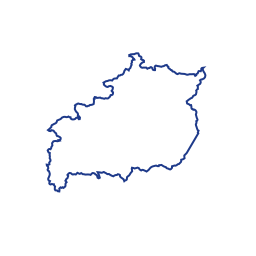 Eldorado, São Paulo, Brazil (Albers equal-area conic projection), rotated 36°
{"feature_id": "56859067B14328004408420", "entity_name": "Eldorado", "entity_type": "district", "adm_level": 2, "iso_a3": "BRA", "parent_name": "Brazil", "parent_adm1": "São Paulo", "projection": "albers", "projection_center": [-48.263, -24.501], "detail": "fine", "context": "isolated", "style": "outline", "palette": "blue", "viewbox_px": 256, "rotation_deg": 36, "n_neighbors": 0, "source": "geoboundaries", "source_scale": "gbopen_adm2", "svg_char_len": 5759}
<svg xmlns="http://www.w3.org/2000/svg" viewBox="0 0 256 256"><g transform="rotate(36 128 128)"><path d="M109.7,219.7L109.0,218.4L108.0,217.4L108.3,215.7L109.6,215.4L109.8,214.5L111.1,214.3L111.2,213.2L111.6,212.4L111.4,211.5L110.3,210.0L110.0,208.9L110.2,208.0L109.3,207.5L108.4,207.5L108.1,205.6L108.5,204.2L107.8,201.9L106.6,201.6L106.7,199.7L107.3,198.6L108.6,198.1L109.9,198.3L110.8,198.0L111.6,197.0L113.1,196.3L113.4,194.0L115.7,193.6L116.3,192.9L116.6,192.0L118.7,191.9L119.5,191.3L120.8,190.8L122.9,189.1L124.4,188.2L125.3,187.9L125.4,186.8L125.7,185.4L126.3,184.9L127.7,184.4L128.9,184.7L129.9,184.5L130.8,184.7L131.5,185.2L132.7,186.1L133.9,185.9L134.4,184.8L131.7,182.8L129.4,181.6L131.4,180.4L132.6,180.0L133.6,179.0L134.1,178.0L134.8,177.7L135.7,177.7L136.6,177.5L137.6,177.5L138.5,177.4L139.6,176.4L140.6,176.5L141.4,176.2L142.2,176.3L143.1,176.1L144.5,175.7L145.0,174.3L145.7,173.3L146.6,172.6L146.9,171.4L148.0,170.9L149.0,170.8L149.9,171.7L150.8,172.1L154.5,172.1L156.2,173.2L156.4,172.3L157.0,171.5L157.3,170.4L156.1,168.3L156.4,166.9L156.8,165.6L156.6,162.7L156.8,160.6L155.7,159.4L155.0,158.8L154.6,157.8L156.1,157.1L157.1,156.9L159.1,154.4L160.4,154.1L161.7,154.7L163.6,154.6L164.1,153.5L165.0,153.0L167.8,152.4L168.6,152.3L169.0,151.0L169.4,149.4L169.4,148.0L169.6,146.7L169.9,145.7L170.6,144.5L171.9,142.9L172.8,141.9L174.3,141.5L175.3,140.8L175.0,139.8L175.9,139.1L176.8,138.2L178.9,138.1L180.2,137.9L181.7,137.4L182.8,137.8L183.8,137.5L184.8,137.1L185.6,137.1L186.5,136.7L186.9,135.9L187.0,134.3L186.1,133.1L187.7,131.0L188.4,130.7L189.2,129.6L189.5,128.2L190.4,127.1L190.6,125.7L190.8,124.5L190.6,123.7L189.7,122.4L190.7,121.2L191.2,120.3L191.5,119.2L190.7,118.4L189.7,117.1L190.2,113.8L188.1,92.2L188.0,91.0L187.2,90.7L186.6,88.7L185.8,88.8L185.0,88.4L183.4,87.3L182.7,86.7L181.7,86.1L180.7,85.1L180.5,84.0L180.0,83.1L179.2,82.3L179.6,81.5L179.4,80.5L178.6,79.9L177.6,79.3L175.0,77.2L174.7,76.4L174.4,75.5L173.8,74.7L173.0,74.3L172.1,74.0L170.9,74.1L170.1,74.9L169.2,74.6L168.4,75.0L167.5,74.5L166.7,73.4L165.6,72.4L164.8,73.1L163.9,72.9L161.4,73.4L159.8,71.9L160.2,70.7L160.4,69.6L160.9,68.5L161.2,67.3L162.0,66.1L162.1,65.1L161.9,63.9L162.2,63.0L162.9,62.0L163.2,60.9L162.8,59.9L162.2,58.5L161.2,57.7L161.2,56.3L161.6,55.3L160.9,54.5L160.3,53.5L159.2,53.0L160.4,49.8L160.1,48.5L159.3,47.6L158.2,47.1L158.7,45.7L159.5,45.0L160.4,43.1L160.4,41.5L159.6,39.8L158.6,39.1L157.8,38.6L156.0,37.9L155.2,37.5L154.3,36.8L153.4,36.0L153.6,34.9L152.6,35.9L152.4,36.8L153.1,37.9L153.5,39.3L152.5,39.9L151.7,40.5L152.0,42.0L152.3,42.8L151.6,44.3L152.2,45.2L151.7,46.3L150.8,45.9L149.7,45.6L147.5,47.4L146.3,48.2L145.6,49.1L144.5,50.2L142.0,51.0L139.0,52.9L137.5,53.4L136.9,54.2L136.5,55.2L135.4,55.6L132.8,55.4L131.8,55.5L131.0,56.0L130.2,55.9L129.3,55.5L128.5,55.9L126.8,55.6L125.9,55.8L125.0,55.5L124.6,54.7L123.3,54.7L122.3,54.2L121.1,55.5L120.7,56.6L120.2,57.3L119.5,58.0L119.1,58.8L118.0,59.3L116.6,59.9L115.6,60.5L113.9,61.1L113.5,62.3L114.0,63.4L115.1,64.1L115.8,65.3L115.0,65.9L113.8,66.2L112.4,65.3L111.2,65.1L110.4,65.6L110.2,66.8L109.4,67.5L108.8,68.7L107.3,68.4L106.1,69.3L105.3,69.8L104.1,70.9L103.1,71.2L101.7,70.9L100.9,70.5L100.7,69.6L100.7,68.3L101.1,66.8L101.5,65.9L102.1,65.3L101.4,64.2L100.4,64.1L99.4,64.6L98.1,64.6L97.8,63.5L97.1,62.8L96.1,62.7L95.3,63.1L94.4,63.1L93.7,62.3L92.5,61.6L91.2,62.4L90.5,63.1L89.5,64.8L88.7,65.2L88.0,66.0L87.1,66.6L86.7,67.4L86.1,68.2L86.8,69.1L87.6,68.5L89.4,68.1L90.2,68.1L91.1,68.6L92.1,68.5L93.0,68.9L92.4,69.6L91.8,70.2L91.7,71.6L92.6,72.4L92.9,74.2L93.8,74.7L94.0,76.1L94.6,78.0L94.3,79.6L94.7,80.9L93.8,80.8L91.5,81.5L91.5,83.8L92.1,85.6L92.3,87.0L92.0,88.3L91.0,89.2L90.6,90.3L89.6,91.0L89.7,92.8L89.9,94.4L88.7,95.3L87.7,96.3L87.3,97.6L87.3,98.9L86.2,99.4L85.3,100.0L84.5,100.8L83.9,101.9L82.7,103.1L81.5,105.7L82.5,106.2L83.0,107.1L84.6,107.3L86.2,107.3L87.5,106.7L88.0,105.4L89.1,104.3L90.7,103.9L91.9,104.0L92.6,105.2L93.0,106.4L92.9,107.6L93.6,107.9L94.9,107.9L95.5,108.8L95.9,109.9L95.5,110.9L94.6,111.6L95.0,113.3L94.7,114.5L94.6,115.5L93.9,116.3L92.2,117.2L91.8,118.1L90.9,118.6L89.8,119.0L88.9,119.6L87.7,119.7L85.1,122.0L84.0,121.9L82.9,122.5L83.0,123.4L83.8,123.9L83.3,124.6L84.2,125.7L85.1,126.9L86.1,128.7L85.6,129.8L84.7,130.9L83.7,131.7L83.5,132.7L82.7,133.6L82.3,134.4L81.3,135.1L80.1,134.8L79.0,134.8L78.2,135.4L77.2,135.9L76.2,136.0L75.5,136.6L74.4,137.1L73.4,137.4L72.7,138.3L72.5,139.4L71.9,139.9L71.8,141.0L72.7,141.5L73.1,142.7L73.9,144.0L74.8,144.5L75.5,144.9L77.0,145.4L77.9,145.4L78.9,145.8L79.6,146.4L79.9,147.2L80.6,147.7L81.6,147.3L83.1,147.9L83.7,149.2L83.0,149.8L81.9,149.3L80.7,149.4L80.1,150.2L79.9,151.7L79.2,152.8L78.2,153.6L77.3,154.0L76.1,154.0L75.2,153.1L74.1,153.7L73.1,153.7L72.6,154.7L71.7,155.5L70.4,156.0L69.3,157.0L68.4,158.6L68.4,159.5L68.1,160.6L66.3,163.5L66.6,164.7L66.9,165.6L66.7,166.6L65.6,168.6L65.2,169.6L64.7,170.5L64.9,171.5L65.4,172.3L65.2,173.3L65.1,174.4L64.5,176.7L66.0,176.7L67.2,176.0L67.3,174.8L69.1,174.0L70.0,174.1L71.4,174.6L73.0,174.6L74.4,175.8L75.5,176.2L76.2,175.7L77.2,175.6L78.1,175.4L79.5,175.7L80.1,176.9L79.9,177.7L79.2,178.4L80.1,178.5L78.7,180.2L77.5,180.8L76.5,181.5L75.5,182.6L75.5,184.9L77.1,186.6L77.1,187.6L77.2,188.5L77.7,189.5L77.8,190.7L77.0,191.0L76.3,191.8L76.2,193.3L77.4,194.1L78.3,194.5L79.3,194.1L80.0,195.0L80.4,196.0L81.3,196.6L82.5,198.6L83.6,199.0L84.6,200.1L84.6,201.0L84.6,202.3L85.8,203.6L85.1,204.7L83.8,205.4L84.5,206.1L86.1,206.3L87.2,207.5L87.4,208.9L88.2,209.5L89.5,209.4L91.4,210.8L92.2,211.9L92.8,213.9L93.1,215.6L93.8,216.6L94.8,217.1L96.1,216.8L96.4,218.2L97.0,219.2L97.8,219.4L98.7,219.1L99.3,218.0L100.4,217.7L101.1,217.1L101.8,217.8L103.4,218.2L103.9,219.4L104.9,220.7L105.9,221.1L107.4,220.2L108.4,220.4L109.7,219.7Z" fill="none" stroke="#1e3a8a" stroke-width="2"/></g></svg>